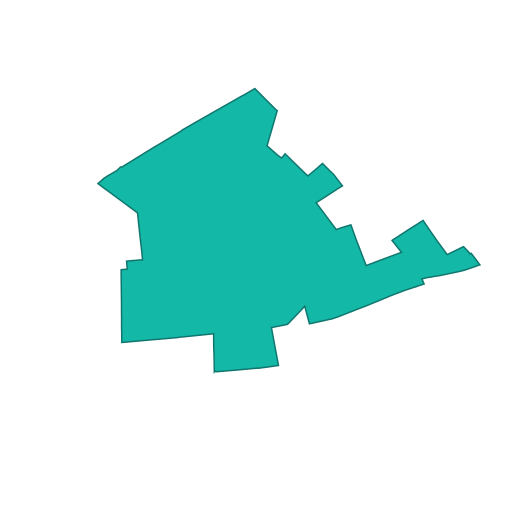 outline of Dudesti, Braila, Romania, rotated 46°
{"feature_id": "2599482B13678396959351", "entity_name": "Dudesti", "entity_type": "district", "adm_level": 2, "iso_a3": "ROU", "parent_name": "Romania", "parent_adm1": "Braila", "projection": "albers", "projection_center": [27.465, 44.874], "detail": "fine", "context": "isolated", "style": "filled", "palette": "teal", "viewbox_px": 512, "rotation_deg": 46, "n_neighbors": 0, "source": "geoboundaries", "source_scale": "gbopen_adm2", "svg_char_len": 2818}
<svg xmlns="http://www.w3.org/2000/svg" viewBox="0 0 512 512"><g transform="rotate(46 256 256)"><path d="M326.8,274.3L326.8,272.9L326.2,260.1L326.0,255.8L328.3,257.1L338.0,262.5L341.9,264.7L350.6,250.5L353.9,245.1L354.0,245.1L356.8,239.1L359.0,233.8L363.8,222.2L368.5,211.2L378.4,186.1L383.9,173.2L384.1,172.8L390.2,160.2L390.4,159.7L392.9,154.5L388.3,152.8L387.6,152.6L388.2,151.8L390.2,148.3L391.0,147.0L392.8,144.7L394.3,142.2L396.1,139.7L397.5,137.8L398.7,135.9L401.2,131.9L403.6,128.1L404.7,126.3L405.9,124.4L407.2,122.4L409.8,118.1L410.9,116.1L412.6,112.6L415.7,105.9L416.3,104.5L417.7,101.5L417.9,101.1L416.7,101.0L413.0,100.5L412.7,100.4L404.0,99.4L403.4,99.4L403.1,100.3L403.0,100.7L401.7,100.3L393.4,100.2L387.8,117.5L380.5,116.5L373.2,115.5L372.4,115.4L371.7,115.3L362.7,113.9L346.5,111.1L346.4,111.5L345.2,117.4L343.0,127.8L339.5,146.2L339.3,147.3L354.4,148.8L347.2,165.3L344.2,172.2L339.4,183.4L314.4,172.8L312.6,172.0L302.4,167.4L299.5,166.1L295.1,174.7L292.7,179.9L279.1,178.2L259.4,175.7L260.7,169.7L262.0,163.1L263.1,157.4L264.2,151.5L264.7,149.1L265.6,145.1L251.4,143.5L246.3,143.7L235.6,143.9L235.3,151.0L234.9,156.8L234.4,163.1L223.2,163.5L202.7,164.1L203.1,167.5L203.3,168.1L203.3,168.6L203.2,168.8L203.3,169.5L198.5,170.4L184.4,171.5L175.3,155.6L169.2,145.0L168.8,144.3L167.8,142.6L166.5,140.3L166.2,139.8L165.8,140.0L164.7,140.0L151.0,140.3L140.9,140.4L136.4,140.5L134.8,140.5L134.7,140.8L134.4,142.0L132.3,150.7L131.5,153.7L130.6,156.7L129.1,162.8L127.5,169.0L125.9,175.2L124.4,181.1L122.8,187.2L121.0,194.4L118.2,205.2L116.6,211.6L116.0,214.2L114.1,221.6L114.3,221.9L112.5,229.9L109.6,242.4L109.6,242.6L107.1,253.0L106.7,254.7L104.6,264.2L104.0,267.1L102.8,272.6L101.6,278.1L99.1,289.5L98.7,291.0L98.4,291.1L98.1,291.3L98.0,291.5L97.9,291.8L97.9,293.2L97.9,296.1L97.7,297.5L97.6,297.9L95.1,308.0L94.5,311.3L94.1,319.2L94.1,319.4L100.4,318.4L106.1,317.4L109.1,316.9L126.8,313.9L134.7,312.6L141.7,311.4L142.6,311.2L143.7,312.1L152.7,319.1L155.6,321.4L163.5,327.5L173.6,335.2L179.7,340.1L179.9,340.3L177.1,343.6L174.8,346.5L173.4,348.1L169.8,352.7L171.3,353.9L174.6,356.6L176.0,357.7L172.2,362.5L174.2,364.5L198.9,387.8L200.4,389.3L208.3,396.8L210.6,399.0L212.9,401.3L218.0,406.0L218.3,406.1L218.6,406.2L218.9,406.4L219.1,406.7L219.0,407.0L221.4,409.2L224.9,412.6L225.0,412.6L240.8,393.0L252.0,379.2L260.5,368.7L261.1,367.6L263.1,365.2L276.0,348.8L282.5,340.5L291.3,348.9L297.8,354.7L310.3,366.4L310.2,365.9L310.3,365.6L310.4,365.4L310.5,365.3L311.0,365.3L311.4,365.3L323.4,350.6L331.3,340.8L335.2,335.9L337.6,333.0L337.5,332.8L338.0,332.2L338.7,332.1L339.6,330.6L342.6,326.6L344.5,324.0L346.8,320.8L348.1,319.0L349.5,317.0L350.4,315.9L327.5,300.8L321.2,296.6L318.2,294.6L323.9,285.8L325.1,283.9L327.0,280.9L327.0,279.1L326.8,274.3Z" fill="#14b8a6" stroke="#0f766e" stroke-width="1.5"/></g></svg>